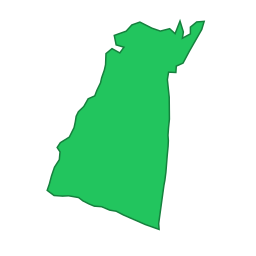 the district of Sapucaia do Sul, Rio Grande do Sul, Brazil, rotated 84°
{"feature_id": "56859067B33945949443498", "entity_name": "Sapucaia do Sul", "entity_type": "district", "adm_level": 2, "iso_a3": "BRA", "parent_name": "Brazil", "parent_adm1": "Rio Grande do Sul", "projection": "robinson", "projection_center": [-51.141, -29.822], "detail": "fine", "context": "isolated", "style": "filled", "palette": "green", "viewbox_px": 256, "rotation_deg": 84, "n_neighbors": 0, "source": "geoboundaries", "source_scale": "gbopen_adm2", "svg_char_len": 996}
<svg xmlns="http://www.w3.org/2000/svg" viewBox="0 0 256 256"><g transform="rotate(84 128 128)"><path d="M181.6,214.9L187.4,208.6L188.9,200.1L189.2,194.2L192.0,184.4L195.8,180.4L199.4,174.8L202.2,169.7L203.5,162.5L207.8,154.7L209.5,148.5L214.1,141.5L225.8,120.9L232.1,107.7L226.3,107.5L221.0,106.2L188.5,98.2L183.9,96.8L175.8,94.9L159.6,91.9L150.7,90.1L144.9,89.2L139.5,89.0L132.1,87.7L123.6,85.9L101.7,83.8L84.0,83.8L76.7,81.8L77.8,74.6L71.5,73.5L69.2,66.5L58.1,59.0L37.8,44.4L29.9,41.1L29.7,48.6L34.2,55.4L40.9,56.1L44.4,64.5L38.3,62.9L27.1,65.1L39.1,71.3L33.6,76.2L35.0,85.7L31.2,93.8L23.9,105.1L25.9,113.4L31.5,119.7L34.5,132.0L44.1,131.1L47.2,123.6L52.5,128.3L47.4,135.6L51.7,142.1L62.7,143.7L68.0,145.5L75.4,149.0L80.2,150.6L87.3,155.0L92.6,157.7L94.8,164.6L102.0,169.7L106.6,175.6L110.9,178.3L116.5,179.8L122.0,181.6L130.9,187.3L135.5,196.8L140.0,200.5L144.6,198.1L152.3,199.6L159.3,205.2L167.7,209.1L175.6,212.1L181.6,214.9Z" fill="#22c55e" stroke="#15803d" stroke-width="1.5"/></g></svg>